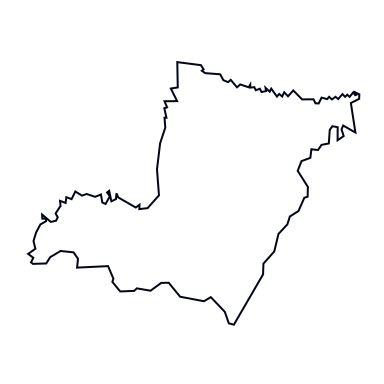 the district of Tha Tum, Surin, Thailand, rotated 6°
{"feature_id": "78962969B22875255730199", "entity_name": "Tha Tum", "entity_type": "district", "adm_level": 2, "iso_a3": "THA", "parent_name": "Thailand", "parent_adm1": "Surin", "projection": "albers", "projection_center": [103.652, 15.311], "detail": "medium", "context": "isolated", "style": "outline", "palette": "ink", "viewbox_px": 384, "rotation_deg": 6, "n_neighbors": 0, "source": "geoboundaries", "source_scale": "gbopen_adm2", "svg_char_len": 1846}
<svg xmlns="http://www.w3.org/2000/svg" viewBox="0 0 384 384"><g transform="rotate(6 192 192)"><path d="M247.5,319.6L271.3,266.5L270.5,255.8L280.0,242.6L282.4,224.6L290.2,214.3L291.9,206.1L299.9,199.8L304.3,186.0L307.5,184.6L306.7,174.8L294.9,159.9L297.7,149.8L306.1,145.7L306.3,137.0L312.9,137.1L315.9,131.6L323.0,129.4L322.5,115.8L324.7,111.9L330.1,112.3L331.4,125.3L337.0,120.5L334.2,114.1L335.4,110.1L348.3,115.8L340.7,86.9L348.5,81.9L348.2,77.4L344.2,75.9L345.4,78.0L344.2,78.6L341.9,76.1L338.8,80.9L336.2,79.0L334.3,81.4L331.4,78.9L327.7,84.3L324.8,82.3L321.5,85.3L318.4,83.0L316.7,85.5L311.0,84.6L308.7,90.7L305.5,90.9L303.2,87.1L291.8,88.4L282.1,80.4L277.5,86.8L273.3,83.2L271.7,87.6L268.5,85.4L266.5,88.2L260.0,80.9L258.8,84.1L254.2,80.6L255.1,83.9L250.7,85.3L248.7,82.2L244.8,84.1L243.0,81.2L239.1,82.1L238.7,79.1L237.4,81.9L228.7,80.0L225.8,83.2L218.8,76.4L216.4,79.0L211.5,77.5L207.7,72.0L192.7,72.4L189.1,70.4L190.7,68.8L187.6,64.9L163.8,64.4L166.9,89.5L160.2,91.3L167.7,103.2L155.2,104.6L158.4,110.4L155.7,111.6L158.8,120.8L156.9,121.0L158.7,130.8L155.2,146.9L154.8,173.0L159.5,198.8L149.5,212.7L141.4,214.5L141.1,210.2L137.7,213.3L119.2,205.1L117.0,201.2L117.1,207.0L112.8,209.7L109.5,199.5L107.6,201.3L110.8,204.9L107.3,212.9L103.9,211.8L101.7,204.0L96.2,206.9L87.4,205.0L83.0,207.1L75.9,203.7L73.0,211.7L67.6,210.3L67.4,216.1L61.7,214.6L62.7,219.6L58.6,227.6L61.1,231.1L59.8,234.8L54.7,236.5L45.3,230.1L45.9,234.1L49.7,233.8L49.9,236.3L44.6,240.1L41.2,248.5L39.5,257.4L42.2,264.8L35.5,270.7L41.1,274.0L39.2,278.8L41.4,280.1L54.5,278.3L57.8,271.6L67.5,264.4L80.5,264.4L85.6,270.3L85.6,279.2L116.3,274.5L122.9,286.5L122.2,289.7L131.0,298.4L144.8,296.4L147.2,293.6L161.1,294.5L170.9,285.6L178.3,284.7L191.2,297.4L215.3,299.4L221.7,294.6L237.2,307.8L242.3,318.7L247.5,319.6Z" fill="none" stroke="#020617" stroke-width="2"/></g></svg>